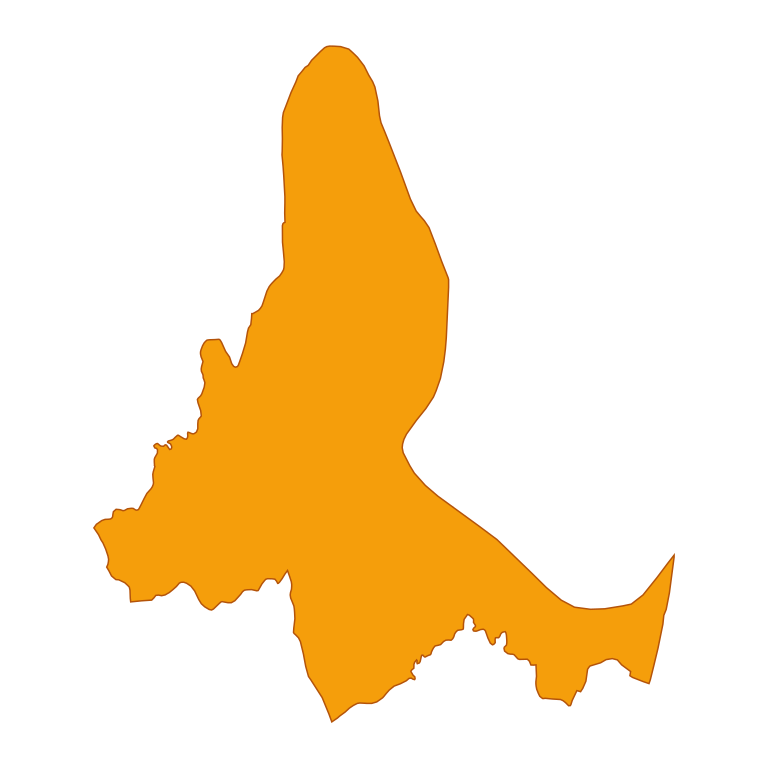 the district of Tam Nong, Phú Thọ, Vietnam
{"feature_id": "81297802B6788314119837", "entity_name": "Tam Nong", "entity_type": "district", "adm_level": 2, "iso_a3": "VNM", "parent_name": "Vietnam", "parent_adm1": "Phú Thọ", "projection": "equal_earth", "projection_center": [105.235, 21.306], "detail": "fine", "context": "isolated", "style": "filled", "palette": "amber", "viewbox_px": 768, "rotation_deg": 0, "n_neighbors": 0, "source": "geoboundaries", "source_scale": "gbopen_adm2", "svg_char_len": 6109}
<svg xmlns="http://www.w3.org/2000/svg" viewBox="0 0 768 768"><path d="M674.1,555.1L667.8,563.2L656.9,577.7L643.0,595.0L631.3,604.1L622.8,605.9L604.7,608.8L590.5,609.3L574.5,607.2L568.3,603.9L561.3,600.2L546.3,587.5L532.0,573.4L497.0,539.6L479.1,526.2L437.9,496.2L425.3,485.4L414.3,473.1L409.8,465.7L403.2,452.8L402.2,447.7L402.6,444.0L403.9,439.4L406.5,434.1L416.5,420.2L425.9,408.5L433.4,397.1L436.1,390.8L440.4,378.5L443.8,361.7L445.4,349.0L446.3,337.7L447.4,313.7L448.6,287.3L448.6,279.7L448.1,277.7L441.7,261.5L435.4,244.2L429.0,227.6L424.4,220.8L420.5,216.3L416.2,211.1L410.4,199.1L400.5,171.9L388.8,141.9L385.0,132.4L381.0,122.7L379.5,115.8L377.9,101.0L374.9,87.0L372.6,81.6L368.7,75.1L364.1,65.9L357.5,57.3L352.9,52.8L348.8,49.1L340.6,46.6L334.3,46.2L329.7,46.1L326.8,46.6L324.5,47.8L320.3,51.6L311.6,60.3L308.2,65.4L305.1,67.4L301.6,71.8L298.2,75.8L295.8,82.1L291.0,92.6L286.6,104.2L283.4,112.5L282.6,117.4L282.2,127.4L282.4,139.0L282.2,151.3L282.0,154.8L283.1,166.7L283.8,176.7L284.9,196.6L284.9,203.1L284.7,213.1L285.0,222.4L283.7,222.9L282.9,223.8L282.4,225.7L282.5,242.2L283.4,251.3L284.3,261.8L284.0,267.5L283.5,269.8L281.9,272.7L279.6,276.0L275.8,279.2L272.6,282.5L270.8,284.5L269.2,286.6L266.9,291.1L263.3,302.2L262.0,305.9L260.4,308.3L258.5,310.4L252.9,313.6L251.8,313.6L251.5,318.5L250.8,324.7L248.5,328.1L247.5,331.9L245.6,343.1L242.5,353.4L239.7,361.5L238.2,365.5L237.3,366.6L235.4,367.2L233.6,366.3L231.7,363.6L229.5,357.0L225.6,351.4L221.6,342.5L220.1,340.0L219.0,339.3L214.9,339.6L209.3,339.8L207.0,340.1L205.5,341.4L204.1,343.0L202.5,345.9L201.0,349.9L200.5,352.0L200.5,353.9L201.1,356.8L203.0,361.5L201.6,366.5L201.2,369.0L201.4,371.2L202.9,374.6L203.1,375.8L203.2,377.9L203.9,379.5L204.9,382.7L204.2,387.2L201.8,393.9L200.6,395.9L198.1,398.3L197.4,399.5L198.0,402.8L200.7,410.7L201.3,416.0L200.3,417.3L199.0,418.7L198.1,420.4L197.8,423.9L197.8,428.8L196.4,432.1L194.2,433.6L193.1,433.9L191.5,433.5L188.6,432.3L187.9,432.3L187.6,433.5L187.8,436.1L187.4,437.8L186.4,439.2L184.2,438.8L180.5,436.6L178.5,435.3L177.5,435.3L175.1,437.4L173.4,439.2L171.5,440.1L168.3,441.0L167.6,441.7L167.7,442.4L170.5,443.9L171.6,446.2L171.7,447.7L171.1,449.0L169.7,449.5L168.1,447.3L166.7,445.3L165.8,444.8L164.6,445.2L163.6,446.3L161.1,446.1L159.8,445.4L157.7,443.6L157.4,443.5L156.4,443.7L155.5,444.2L154.5,445.0L153.8,445.9L154.8,447.9L156.5,448.4L157.5,449.7L157.4,453.1L154.8,457.7L154.3,459.2L154.3,461.9L154.5,465.2L154.4,465.4L154.9,466.5L153.3,471.7L152.8,474.3L153.0,477.9L153.5,482.7L153.3,484.3L152.3,486.8L151.0,488.8L146.9,493.4L144.1,498.6L141.2,504.5L139.7,507.4L139.0,508.7L138.4,509.6L136.8,510.2L135.5,509.9L133.2,508.4L131.2,508.3L127.5,508.8L124.6,510.4L123.0,510.7L120.8,509.9L119.4,509.6L116.1,509.3L114.5,510.7L113.4,511.7L112.9,514.4L112.7,516.2L112.3,517.6L110.7,518.9L109.1,519.2L105.0,519.4L101.7,520.6L96.4,524.3L93.9,527.9L98.6,534.8L101.0,539.9L102.9,542.8L105.7,549.1L108.0,556.0L108.6,559.3L108.4,561.7L107.9,564.4L106.7,567.1L109.0,571.0L111.5,575.9L114.3,578.3L115.9,579.6L118.8,579.8L124.8,582.7L127.8,585.5L129.3,587.1L130.0,590.2L130.3,598.4L130.7,601.9L141.6,600.8L151.7,600.1L154.0,597.8L154.9,596.6L155.8,595.4L158.5,595.1L161.6,595.7L165.2,594.9L167.2,593.7L169.2,592.6L172.8,589.7L176.4,586.5L179.3,583.1L181.1,582.3L183.7,582.2L186.7,583.3L190.9,586.1L194.7,591.0L198.7,599.4L201.3,603.7L204.7,606.8L209.2,609.5L211.6,610.0L213.5,609.0L219.2,603.5L220.9,602.0L222.0,601.6L227.9,602.7L231.3,602.7L234.9,600.7L240.6,594.4L242.5,591.7L244.4,590.2L246.8,589.8L251.6,589.6L256.8,590.8L258.2,590.5L262.0,583.8L264.6,580.5L265.7,579.3L267.5,578.7L272.1,578.8L274.9,579.2L276.5,581.1L277.7,583.4L278.3,583.3L279.5,582.2L282.1,578.7L284.9,574.1L287.5,570.5L289.7,576.7L291.3,581.7L291.7,584.4L291.7,586.1L291.5,589.2L290.5,592.6L290.2,595.0L290.7,598.1L292.0,601.2L293.9,606.0L294.3,608.7L294.6,612.4L294.9,618.8L293.8,628.1L293.5,632.4L294.1,633.5L295.4,634.6L298.5,637.8L300.4,641.6L303.4,653.9L305.7,666.3L308.5,676.5L310.8,679.8L322.2,697.6L329.0,714.2L331.8,721.9L337.5,718.0L339.6,716.1L345.2,712.0L349.4,708.1L353.4,705.4L357.3,703.4L359.8,703.0L363.7,703.2L367.0,703.4L371.7,703.4L376.8,701.9L380.5,699.3L382.6,697.8L383.8,696.5L386.2,693.5L389.3,690.0L394.1,686.1L400.5,683.7L406.4,680.7L409.0,678.4L411.1,678.1L413.0,679.2L414.6,679.6L415.1,678.8L414.8,676.8L413.0,675.1L410.9,671.5L411.1,670.8L412.1,669.6L413.8,668.3L413.9,666.8L413.9,664.4L414.7,662.2L415.5,661.2L416.6,659.9L417.2,660.7L416.9,662.7L417.3,663.7L419.4,662.9L420.2,661.4L421.1,657.3L421.7,655.3L422.8,655.1L424.5,656.9L425.2,657.0L427.9,655.6L430.4,654.7L431.0,653.8L431.5,651.9L432.5,649.7L433.7,647.6L435.2,645.9L437.7,645.4L440.6,644.6L443.6,641.5L445.8,640.2L448.3,640.0L451.1,640.2L452.5,639.0L453.1,638.1L453.8,636.8L454.7,633.8L456.1,631.8L457.7,630.3L461.7,629.7L463.1,629.2L463.4,628.2L463.5,623.7L464.1,619.4L467.5,614.5L469.2,615.1L472.3,617.8L473.4,618.9L473.6,620.4L473.5,622.4L475.4,625.3L475.4,626.6L473.6,628.2L472.9,629.6L473.5,630.9L475.1,631.2L476.6,631.1L480.5,629.6L483.2,629.2L484.5,629.8L485.4,630.9L486.4,633.7L487.9,638.0L490.3,643.1L492.4,644.8L493.7,644.4L494.6,643.4L495.2,642.7L495.1,639.5L495.5,637.8L496.1,637.7L498.6,637.7L499.5,636.7L500.1,635.6L500.4,634.7L500.9,633.7L502.2,632.4L503.0,632.1L505.2,631.6L505.9,632.8L506.4,634.9L506.8,640.5L506.8,642.9L506.4,645.2L504.3,647.2L504.0,648.5L504.6,651.1L507.8,653.6L510.2,654.1L512.5,654.2L514.1,654.7L517.8,658.8L519.4,659.4L527.3,659.2L528.8,660.6L529.3,661.1L530.0,662.6L530.9,665.0L533.4,665.1L536.0,664.9L536.5,676.3L535.9,681.7L535.9,683.8L536.1,686.0L536.7,689.2L538.4,693.5L539.8,696.3L541.9,698.0L542.9,698.6L545.2,698.3L552.4,699.0L560.5,699.5L563.1,700.7L565.5,702.6L568.6,705.7L570.3,705.6L570.9,704.6L572.2,700.5L576.9,690.6L580.6,691.7L581.8,689.8L582.7,688.5L585.9,681.2L587.6,669.2L588.9,667.3L590.0,666.0L600.6,662.8L606.1,659.6L612.3,658.6L617.4,659.9L621.6,664.8L630.6,671.5L629.9,675.7L632.5,677.4L643.5,681.7L649.0,683.6L650.3,679.8L653.7,666.1L658.0,648.2L662.9,624.1L663.8,615.3L666.2,609.4L669.4,592.9L674.1,557.2L674.1,555.1Z" fill="#f59e0b" stroke="#b45309" stroke-width="1.5"/></svg>